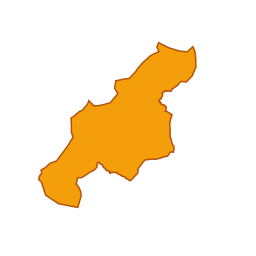 Erdene, Töv, Mongolia, rotated 219°
{"feature_id": "93677404B44653121732783", "entity_name": "Erdene", "entity_type": "district", "adm_level": 2, "iso_a3": "MNG", "parent_name": "Mongolia", "parent_adm1": "Töv", "projection": "albers", "projection_center": [107.583, 48.287], "detail": "fine", "context": "isolated", "style": "filled", "palette": "amber", "viewbox_px": 256, "rotation_deg": 219, "n_neighbors": 0, "source": "geoboundaries", "source_scale": "gbopen_adm2", "svg_char_len": 4868}
<svg xmlns="http://www.w3.org/2000/svg" viewBox="0 0 256 256"><g transform="rotate(219 128 128)"><path d="M157.8,213.6L156.7,209.3L152.0,206.8L154.8,201.3L156.2,197.6L156.7,193.6L157.6,188.3L157.8,182.7L157.9,180.2L157.5,176.7L158.2,167.4L161.9,163.5L166.0,158.4L167.2,157.1L163.5,150.5L157.5,148.3L157.7,138.0L157.5,136.7L160.7,132.2L165.0,126.7L168.6,123.8L175.7,124.5L174.8,122.5L174.4,119.1L174.7,113.1L176.2,110.1L177.3,103.6L178.6,99.9L174.7,95.7L169.4,89.2L164.8,86.0L164.5,83.0L163.5,75.4L162.8,57.4L165.8,52.5L166.4,51.5L167.3,45.3L169.1,40.8L169.0,40.6L168.8,40.5L168.8,40.3L168.7,40.1L168.2,39.9L167.8,39.7L167.6,39.6L167.2,39.2L166.9,38.8L166.7,38.5L166.6,38.4L166.6,38.1L166.6,37.4L166.7,36.7L166.6,36.3L166.6,36.1L166.7,35.9L166.7,35.7L166.5,35.3L166.3,35.0L166.3,34.9L166.3,34.7L166.2,34.6L166.3,34.5L166.3,34.4L166.3,34.1L166.0,33.7L165.9,33.5L165.8,33.3L165.8,33.2L165.7,33.0L165.6,32.9L165.3,32.8L165.2,32.6L165.0,32.3L164.9,32.2L164.8,31.8L161.4,31.5L149.7,24.0L134.3,25.4L117.0,34.7L121.8,45.9L125.0,49.0L130.2,51.5L132.8,51.7L135.8,57.5L132.7,60.4L128.9,72.0L127.9,73.1L127.5,78.0L129.9,81.4L129.2,83.1L129.0,82.9L128.8,82.7L128.2,82.5L127.6,82.5L127.4,82.6L126.8,82.6L126.3,82.9L126.1,83.1L125.9,83.2L125.6,83.1L125.2,83.0L124.9,83.2L124.5,83.2L124.4,83.2L124.2,83.1L123.8,82.8L123.7,82.6L123.0,82.5L122.1,82.0L121.9,82.0L121.5,82.0L121.3,82.1L121.1,82.2L120.7,82.2L120.3,82.0L119.5,81.7L119.3,81.6L119.1,81.5L118.8,81.4L118.6,81.4L118.4,81.4L118.2,81.4L118.0,81.7L117.8,81.8L117.2,81.9L116.5,81.9L116.3,82.2L116.3,82.4L116.2,82.5L115.9,82.6L115.7,82.5L115.6,82.4L115.4,82.4L115.2,82.6L114.6,82.5L114.4,82.4L114.3,82.2L114.2,82.1L114.0,81.6L114.0,81.4L113.8,81.2L113.7,81.2L113.7,81.3L113.6,81.5L113.6,81.9L113.6,82.1L113.0,82.7L112.9,82.9L112.9,83.1L112.6,83.3L112.4,83.3L112.1,83.6L111.9,83.8L111.7,84.1L111.4,84.3L111.0,84.5L110.6,84.9L110.4,85.0L110.2,85.0L109.9,85.3L109.8,85.5L109.6,85.5L109.4,85.7L109.0,86.0L108.9,86.0L108.7,86.0L108.5,85.9L108.4,85.9L108.3,86.0L108.1,86.2L108.0,86.3L107.9,86.3L107.6,86.1L107.4,86.1L107.2,86.0L106.9,86.0L106.5,86.2L106.0,86.2L105.6,86.3L105.4,86.4L105.2,86.6L104.9,86.7L104.8,86.8L104.7,86.9L104.5,87.0L104.4,86.9L104.2,86.7L103.8,86.5L103.7,86.5L103.3,86.7L103.0,86.8L102.8,87.0L102.6,87.0L102.4,87.0L102.1,87.1L101.9,87.0L101.7,87.0L101.3,87.1L100.9,87.4L100.4,87.8L100.2,87.9L99.8,87.8L99.7,87.9L99.3,88.1L99.0,88.0L98.8,87.9L98.7,87.9L98.6,87.7L98.3,87.6L97.9,87.7L97.6,87.6L97.4,87.6L97.1,87.6L96.8,87.7L96.3,88.0L96.0,88.0L95.7,88.1L95.2,88.0L94.1,88.1L93.6,88.3L92.9,88.7L92.2,96.6L92.1,99.3L94.6,102.8L94.8,113.7L89.8,119.0L86.6,121.2L81.6,128.5L79.5,131.2L79.9,136.1L77.4,137.9L78.1,139.0L80.2,142.2L84.2,143.7L87.3,146.4L89.5,147.4L92.0,150.6L95.6,154.8L97.8,156.9L99.7,160.1L102.2,166.0L108.4,165.3L109.5,164.7L109.5,164.9L109.5,165.0L109.5,165.3L109.4,165.4L109.5,165.6L110.0,165.9L110.2,166.2L110.3,166.2L110.5,166.4L110.8,167.1L110.9,167.4L110.9,167.8L111.0,167.9L111.0,168.0L111.3,168.2L111.5,168.2L111.7,168.4L112.1,168.5L112.4,168.5L112.5,168.5L112.7,168.4L112.8,168.3L112.9,168.2L113.0,168.2L113.2,168.3L113.3,168.5L113.5,168.4L113.8,168.5L114.0,168.6L114.4,168.5L114.5,168.5L114.7,168.3L114.8,168.2L114.9,168.3L115.2,168.3L115.4,168.3L115.5,168.2L115.8,167.9L116.2,167.9L116.3,167.8L116.4,167.6L116.5,167.6L116.7,167.8L116.8,167.8L117.0,167.7L117.3,167.5L117.6,167.8L117.9,167.8L118.0,167.9L118.3,167.9L118.4,168.0L118.6,167.9L118.8,167.9L118.8,168.0L118.7,168.2L118.8,168.2L119.0,168.2L119.3,168.2L119.5,168.1L119.7,168.4L119.8,168.3L119.9,168.2L120.0,168.4L120.3,168.6L120.5,168.8L120.6,169.0L121.0,169.0L121.1,168.8L121.2,169.0L121.3,169.4L121.4,169.6L121.5,169.9L121.5,170.0L120.9,170.8L120.7,171.0L120.7,171.9L120.8,172.0L121.0,172.5L121.1,172.4L121.2,172.7L121.3,173.2L121.3,173.5L121.4,174.1L121.5,174.4L121.5,174.6L121.8,175.4L122.0,175.6L122.3,175.8L122.5,175.7L122.7,175.9L122.8,176.2L122.9,176.3L123.0,176.4L123.2,176.6L123.3,176.6L123.4,176.8L123.1,177.3L123.0,177.6L123.0,177.9L123.1,178.2L123.1,178.3L123.0,178.6L122.6,179.0L122.6,179.3L122.5,179.7L122.5,179.8L122.3,179.8L122.2,180.0L122.3,180.1L122.2,180.3L122.3,180.6L122.2,180.7L121.9,180.8L121.7,180.9L121.7,181.1L121.4,181.1L121.1,181.0L120.9,181.1L119.9,182.1L119.5,182.5L119.0,182.9L118.7,182.9L118.6,183.0L118.5,183.3L118.3,183.2L118.2,183.2L117.9,183.4L117.8,183.6L117.7,183.8L118.2,185.9L116.4,192.3L116.3,197.3L111.6,200.5L110.9,209.3L111.0,209.7L111.2,210.1L111.4,210.4L111.6,211.0L111.7,211.4L111.8,211.7L111.9,212.2L112.0,212.4L112.2,212.6L112.3,212.8L112.2,213.0L112.3,213.5L112.8,215.2L112.9,215.5L112.9,215.8L113.0,216.0L113.1,216.6L113.1,216.8L113.1,217.2L113.2,217.5L114.3,218.9L115.2,220.0L115.8,220.7L116.3,221.1L118.0,223.5L118.8,224.2L119.1,224.6L119.5,225.0L123.8,229.3L128.8,232.0L129.8,224.6L136.7,220.0L147.1,215.9L157.8,213.6Z" fill="#f59e0b" stroke="#b45309" stroke-width="1.5"/></g></svg>